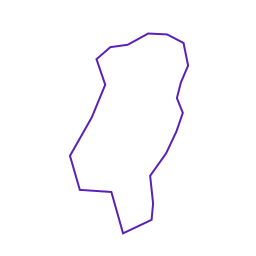 the district of Kalo Chorio Oreinis, Nicosia, Cyprus, rotated 19°
{"feature_id": "46923920B53942944533329", "entity_name": "Kalo Chorio Oreinis", "entity_type": "district", "adm_level": 2, "iso_a3": "CYP", "parent_name": "Cyprus", "parent_adm1": "Nicosia", "projection": "natural_earth1", "projection_center": [33.158, 35.002], "detail": "fine", "context": "isolated", "style": "outline", "palette": "violet", "viewbox_px": 256, "rotation_deg": 19, "n_neighbors": 0, "source": "geoboundaries", "source_scale": "gbopen_adm2", "svg_char_len": 412}
<svg xmlns="http://www.w3.org/2000/svg" viewBox="0 0 256 256"><g transform="rotate(19 128 128)"><path d="M116.3,32.1L100.6,49.4L85.0,57.3L75.8,73.2L92.4,94.5L90.3,129.7L82.2,173.2L102.6,202.2L133.1,193.9L157.6,229.2L180.2,207.1L176.3,191.2L164.5,166.0L172.3,139.5L174.9,115.6L174.9,95.8L164.5,83.8L163.2,67.9L164.5,49.4L152.8,29.5L134.5,26.8L116.3,32.1Z" fill="none" stroke="#5b21b6" stroke-width="2"/></g></svg>